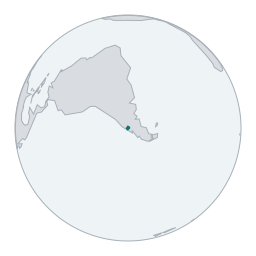 the Earth from above Los Ríos, rotated 297°
{"feature_id": "CHL-2701", "entity_name": "Los Ríos", "entity_type": "Region", "adm_level": 1, "iso_a3": "CHL", "parent_name": "Chile", "parent_adm1": "", "projection": "orthographic", "projection_center": [-72.592, -40.02], "detail": "fine", "context": "on_globe", "style": "filled", "palette": "teal", "viewbox_px": 256, "rotation_deg": 297, "n_neighbors": 0, "source": "natural_earth", "source_scale": "10m", "svg_char_len": 3707}
<svg xmlns="http://www.w3.org/2000/svg" viewBox="0 0 256 256"><g transform="rotate(297 128 128)"><circle cx="128" cy="128" r="113" fill="#eef3f6" stroke="#a8b0b8"/><path d="M135.1,15.6L130.0,15.5L137.6,15.8L139.0,16.1L140.9,16.3L143.1,16.6L144.1,16.6L145.3,16.9L138.3,16.5L137.0,16.2L139.3,16.3L135.6,16.0L130.8,16.2L131.9,16.6L123.5,17.3L124.2,17.7L122.8,18.2L122.3,17.5L123.0,19.0L113.4,21.9L114.2,26.3L109.2,23.4L104.8,23.7L99.5,24.8L99.5,25.4L92.5,26.6L86.1,29.9L83.5,34.5L85.8,37.2L93.6,35.2L96.1,32.7L101.8,31.1L97.5,37.5L107.6,36.6L106.5,41.7L109.4,44.0L114.5,42.7L119.8,43.6L123.5,40.4L129.6,38.7L129.7,42.9L133.1,39.1L136.5,41.2L148.6,42.0L147.7,42.9L157.8,49.6L168.8,54.4L171.3,58.6L170.0,60.5L173.8,62.2L173.8,63.7L188.6,71.4L196.0,78.9L195.7,84.7L189.2,88.9L182.8,103.0L171.1,104.7L167.7,111.2L157.9,120.1L150.9,117.8L152.5,124.1L148.3,127.0L143.6,126.6L142.5,130.8L139.0,130.5L141.2,133.7L135.3,139.1L136.6,144.2L132.3,149.0L133.3,152.2L131.8,152.0L130.1,153.1L129.8,154.9L125.2,151.9L124.1,145.0L125.9,141.6L123.9,141.1L127.8,132.6L125.5,134.3L126.4,122.4L129.9,113.1L132.5,89.0L130.1,84.6L121.5,79.9L111.1,66.0L113.9,60.2L111.7,57.9L119.1,50.2L117.1,44.2L114.5,43.6L111.9,46.1L102.9,43.6L99.8,40.0L73.1,41.9L70.5,41.4L70.8,38.9L63.7,36.9L65.9,40.8L62.8,41.2L60.7,40.6L62.4,39.2L61.6,37.8L59.1,39.1L59.7,38.4L66.3,33.8L73.1,29.6L80.3,26.0L87.7,22.8L95.3,20.2L103.1,18.1L111.0,16.6L119.0,15.7L127.1,15.4L135.1,15.6ZM113.5,28.2L125.1,30.2L118.5,30.9L119.7,30.2L116.8,29.3L111.4,28.8L105.6,30.2L113.5,28.2ZM118.8,24.9L116.8,24.9L118.8,24.7L118.8,24.9ZM132.9,158.4L125.5,153.0L129.7,155.4L132.7,152.7L136.5,156.9L132.9,158.4ZM141.7,152.0L145.2,151.0L145.9,152.0L143.8,152.9L141.7,152.0ZM229.1,177.6L225.7,183.7L225.9,182.5L223.8,185.5L222.1,186.2L220.4,184.9L221.2,177.4L223.9,174.2L228.2,164.8L235.4,145.8L237.9,141.3L239.1,135.6L239.3,118.8L239.5,113.8L238.9,109.6L238.1,107.2L237.1,102.3L236.3,100.3L229.5,90.5L225.7,82.7L217.2,65.9L217.2,63.1L214.3,57.9L213.9,55.1L218.9,61.5L223.5,68.3L227.6,75.4L231.1,82.7L234.1,90.3L236.6,98.1L238.5,106.0L239.8,114.1L240.5,122.2L240.6,130.4L240.1,138.5L239.1,146.6L237.5,154.6L235.2,162.5L232.5,170.1L229.1,177.6ZM148.9,42.0L150.4,43.0L148.5,42.8L148.9,42.0ZM117.5,32.3L120.0,32.2L121.3,32.7L119.4,33.0L117.5,32.3ZM138.2,32.2L141.0,32.7L138.1,32.8L138.2,32.2ZM126.9,30.5L136.0,32.0L130.2,32.9L124.5,32.1L128.5,31.8L126.9,30.5ZM117.6,26.6L119.1,26.7L118.7,27.3L117.6,26.6ZM120.3,24.8L119.7,24.9L118.9,24.5L120.3,24.8ZM139.4,16.1L140.0,16.2L142.3,16.4L141.2,16.4L139.4,16.1ZM152.1,18.0L153.8,18.4L151.8,17.9L150.8,17.7L145.2,16.7L146.1,16.8L152.1,18.0ZM140.0,16.0L141.8,16.2L139.4,15.9L140.0,16.0ZM174.3,230.2L172.0,231.1L173.4,230.4L174.3,230.2ZM51.1,207.9L50.8,206.7L54.0,209.3L58.0,212.7L61.0,215.9L51.1,207.9ZM73.5,226.6L74.7,227.2L77.0,228.4L76.9,228.4L73.5,226.6ZM48.4,205.2L45.4,202.6L43.4,201.5L44.9,201.8L43.7,199.3L50.1,205.8L48.4,205.2Z" fill="#d9dde1" stroke="#a8b0b8" stroke-width="1"/><path d="M129.4,127.2L129.3,127.3L129.3,127.5L129.5,127.8L129.4,128.0L129.2,128.1L129.2,128.3L129.2,128.5L129.3,128.5L129.3,128.8L129.2,128.8L129.1,129.0L128.9,129.2L128.8,129.3L128.7,129.3L128.3,129.3L128.1,129.3L127.9,129.2L127.7,129.1L127.5,128.9L127.5,128.7L127.4,128.7L127.2,128.6L126.9,128.6L126.7,128.5L126.4,128.6L126.3,128.4L126.3,128.2L126.3,127.9L126.5,127.8L126.6,127.7L126.8,127.7L126.8,127.8L126.8,127.7L126.8,127.4L126.9,127.2L127.0,127.1L127.0,126.9L127.2,126.7L127.3,126.7L127.5,126.8L127.4,127.0L127.5,127.2L127.8,127.2L128.0,127.2L128.2,127.3L128.3,127.4L128.5,127.4L128.6,127.5L128.8,127.5L128.9,127.4L129.0,127.4L129.1,127.1L129.2,126.9L129.3,126.9L129.4,127.0L129.4,127.2Z" fill="#14b8a6" stroke="#0f766e" stroke-width="1.5"/></g></svg>